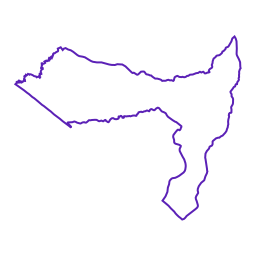 outline of Retalhuleu, Retalhuleu, Guatemala
{"feature_id": "79465075B31149940203077", "entity_name": "Retalhuleu", "entity_type": "district", "adm_level": 2, "iso_a3": "GTM", "parent_name": "Guatemala", "parent_adm1": "Retalhuleu", "projection": "albers", "projection_center": [-91.907, 14.391], "detail": "fine", "context": "isolated", "style": "outline", "palette": "violet", "viewbox_px": 256, "rotation_deg": 0, "n_neighbors": 0, "source": "geoboundaries", "source_scale": "gbopen_adm2", "svg_char_len": 5662}
<svg xmlns="http://www.w3.org/2000/svg" viewBox="0 0 256 256"><path d="M162.5,200.7L168.5,205.7L170.9,208.4L174.3,211.7L175.5,213.4L177.0,215.0L178.9,216.8L180.3,217.8L182.2,219.5L184.0,218.9L185.3,217.7L186.6,216.0L195.5,209.1L197.1,207.7L197.7,206.7L197.9,206.0L197.8,204.9L196.7,201.1L195.9,199.1L195.7,197.7L196.3,196.0L198.1,193.1L198.1,192.2L197.7,190.7L197.8,188.9L198.8,186.2L200.9,183.2L201.3,182.7L204.2,180.3L205.4,176.4L207.0,173.0L207.1,172.1L207.4,171.5L207.1,170.4L207.0,168.9L205.5,159.0L205.2,157.7L205.5,153.6L206.8,151.1L209.0,148.6L209.6,146.8L210.1,146.4L211.7,145.7L212.1,145.3L212.6,144.1L212.6,141.5L213.0,140.9L216.1,138.3L218.1,137.7L219.3,137.7L221.0,136.3L222.6,135.6L225.3,132.7L226.5,130.9L227.0,129.0L227.7,127.4L228.0,125.2L228.3,124.5L228.1,121.5L228.4,119.3L229.1,116.8L229.0,115.8L228.8,115.5L229.0,113.9L229.7,113.0L230.4,112.8L231.0,112.8L231.4,112.4L231.5,109.7L231.2,107.9L231.2,107.0L232.7,104.4L233.0,103.1L233.1,99.1L232.7,97.9L231.6,96.4L231.6,94.2L230.6,92.6L230.5,91.6L232.8,88.6L233.7,87.2L234.0,86.9L235.1,86.4L235.5,84.9L235.8,84.4L236.0,84.2L237.0,84.1L237.2,82.7L237.5,81.8L238.6,80.5L238.9,79.6L238.6,78.2L239.1,77.1L239.0,75.0L239.2,73.7L239.1,71.6L239.9,69.2L240.6,68.3L240.3,66.8L240.1,62.2L238.9,59.2L237.1,55.7L236.7,54.6L236.6,53.5L236.8,48.5L236.5,41.2L235.7,38.5L234.5,36.5L232.3,38.5L231.4,41.4L228.6,46.2L228.2,46.7L226.0,47.6L225.6,48.2L225.5,48.9L225.3,49.3L223.5,51.1L222.5,51.5L221.8,53.2L219.7,55.0L219.2,55.2L216.9,55.6L216.3,56.0L215.5,57.1L213.6,58.6L212.7,61.2L212.5,63.2L211.8,64.9L211.8,65.2L212.2,66.2L212.2,67.1L211.7,67.9L210.0,68.9L209.1,69.9L208.8,71.2L209.4,71.8L209.4,72.2L208.6,72.5L207.1,72.7L206.2,73.2L205.1,73.4L204.7,73.3L203.4,71.8L203.0,71.8L201.3,72.5L200.1,71.8L199.8,71.8L198.2,72.9L196.1,73.2L192.8,74.5L189.9,74.7L188.4,75.8L187.1,75.9L185.7,76.9L184.7,77.2L183.9,77.2L182.5,76.8L181.7,77.1L179.9,77.0L178.8,76.7L178.1,76.2L177.2,75.9L175.4,76.7L174.6,77.4L173.8,80.4L173.2,80.9L171.4,80.2L170.0,80.4L168.4,79.8L167.0,80.1L166.3,80.5L165.1,80.8L163.7,80.7L162.2,80.9L161.2,79.9L159.8,79.3L157.2,78.6L155.4,78.6L155.0,78.5L152.3,76.6L151.2,75.5L150.0,75.4L148.5,74.7L146.4,74.3L145.7,73.7L145.2,72.8L144.2,71.7L143.1,71.5L141.0,71.7L138.6,74.0L137.8,74.6L137.3,74.7L136.8,74.6L134.2,72.9L133.7,72.7L132.8,73.0L131.9,72.6L125.5,66.4L122.3,64.5L117.3,64.2L114.9,65.0L111.6,64.9L109.2,64.5L101.5,62.4L96.9,62.4L93.0,61.8L91.4,61.2L89.6,60.2L84.9,57.3L82.7,56.7L79.2,56.1L77.5,55.2L73.2,51.8L70.8,50.3L68.1,49.5L65.6,48.1L64.0,48.6L63.2,49.2L63.3,49.3L62.7,50.0L60.7,47.3L57.8,48.6L58.2,50.1L57.9,51.3L56.2,52.1L54.5,53.4L53.7,53.3L53.0,54.2L53.1,55.0L52.7,56.0L52.5,56.6L51.6,56.4L50.6,57.3L52.0,57.6L51.7,58.4L50.3,58.0L50.3,58.8L50.1,59.2L49.9,59.1L49.4,58.1L49.1,58.0L48.9,58.9L48.6,59.4L49.1,59.9L49.1,60.6L48.0,60.8L47.1,61.2L46.7,61.1L46.2,60.6L44.8,61.3L44.5,61.5L45.1,62.1L45.2,62.9L43.6,63.8L42.9,63.7L42.1,63.2L41.7,63.3L41.7,64.1L42.1,65.3L41.7,65.8L41.6,66.9L41.1,67.8L41.1,68.1L41.4,68.2L42.0,67.8L42.5,67.8L42.7,68.0L42.8,69.0L42.7,69.1L42.0,69.3L41.6,69.6L40.9,71.0L40.7,72.2L41.3,73.2L41.3,73.8L40.7,73.6L39.7,73.8L39.7,74.0L40.1,74.1L40.3,74.5L39.8,75.4L39.3,75.6L39.3,76.2L40.2,77.1L39.8,77.7L38.7,76.7L38.1,76.7L36.7,77.3L36.0,76.5L34.1,76.1L32.6,75.1L30.9,74.4L29.8,74.2L29.5,74.4L29.4,74.6L28.0,73.9L27.0,75.1L26.5,75.1L25.9,74.8L25.7,76.2L25.2,76.3L24.6,76.0L24.3,76.3L24.6,77.5L24.6,77.9L24.2,78.4L24.0,79.1L24.3,79.7L24.9,79.9L25.0,80.9L24.4,80.8L23.9,80.5L23.7,81.2L23.2,81.5L22.7,81.4L22.1,81.6L22.1,82.2L21.3,82.6L21.1,82.5L20.9,81.9L20.8,81.7L20.1,82.3L19.9,82.3L20.0,81.1L19.1,80.6L18.8,80.6L18.6,81.1L19.0,82.3L18.8,82.6L18.4,82.5L17.3,81.7L16.8,81.9L17.0,82.7L16.9,83.0L16.3,83.2L15.4,84.2L24.0,90.3L27.0,92.7L29.0,94.1L32.3,97.0L34.3,98.3L38.5,101.8L42.1,104.9L43.8,106.0L49.2,110.3L50.6,111.3L54.0,114.4L59.9,118.8L62.7,121.2L69.8,126.5L70.5,127.2L70.9,127.1L71.0,126.7L70.5,126.1L67.8,123.4L67.7,122.7L68.0,122.4L72.3,122.2L74.3,121.5L75.7,121.9L77.2,122.7L80.2,123.5L80.8,123.4L82.4,122.5L83.3,122.3L84.2,122.2L85.2,122.6L86.1,122.6L87.4,121.7L88.8,120.3L89.2,120.2L90.4,120.3L91.9,120.0L95.0,119.8L96.7,119.9L98.7,121.1L99.4,121.2L101.3,120.6L103.1,121.3L103.4,121.2L104.8,120.1L105.5,120.0L105.9,120.8L106.9,121.4L107.7,122.0L108.3,122.2L108.7,122.0L109.0,121.7L110.1,119.8L111.1,118.8L112.1,118.2L113.3,118.2L114.4,118.9L115.0,119.1L116.3,119.2L117.5,119.0L118.4,118.6L118.8,117.9L118.9,117.6L118.5,117.1L118.7,116.5L118.9,116.4L120.0,116.5L120.8,115.9L121.3,116.0L122.2,116.9L122.5,117.7L123.0,117.8L123.5,117.8L123.9,117.5L124.0,116.5L124.2,116.2L126.7,116.4L127.6,116.2L128.4,116.2L129.5,116.0L130.4,116.3L133.1,115.5L134.9,115.5L135.6,115.8L136.3,115.8L136.5,115.6L136.9,114.5L138.2,113.4L138.4,112.5L139.1,112.1L141.2,111.7L142.0,112.1L142.8,112.0L144.3,111.3L145.1,111.3L146.9,110.5L147.5,110.6L148.8,111.2L149.3,111.2L150.0,109.8L151.1,109.1L151.6,109.1L153.5,110.1L154.6,110.1L156.3,108.4L157.7,107.7L158.6,107.9L159.2,108.3L161.5,111.1L162.0,111.5L164.1,112.3L165.5,113.1L165.9,113.5L166.9,115.4L168.0,116.8L172.7,120.2L175.1,121.7L176.3,122.1L181.3,126.1L181.4,126.6L181.3,127.2L180.8,128.1L180.5,129.2L179.9,130.0L179.6,130.2L178.2,129.7L177.6,129.8L176.0,131.6L173.5,134.9L173.2,136.1L173.2,137.1L174.1,139.9L174.2,142.3L174.4,142.8L175.4,143.7L178.9,144.7L179.8,145.1L180.8,145.9L180.7,146.7L179.7,148.7L179.6,149.9L179.8,151.2L182.6,156.7L184.2,159.4L185.4,163.1L185.7,165.1L185.7,166.7L185.3,169.4L184.8,170.9L183.6,172.5L179.2,175.8L177.0,177.0L175.2,177.8L172.5,178.2L171.5,178.7L169.9,180.4L169.4,181.6L169.1,184.2L167.9,187.5L167.4,191.9L165.5,196.4L162.5,200.7Z" fill="none" stroke="#5b21b6" stroke-width="2"/></svg>